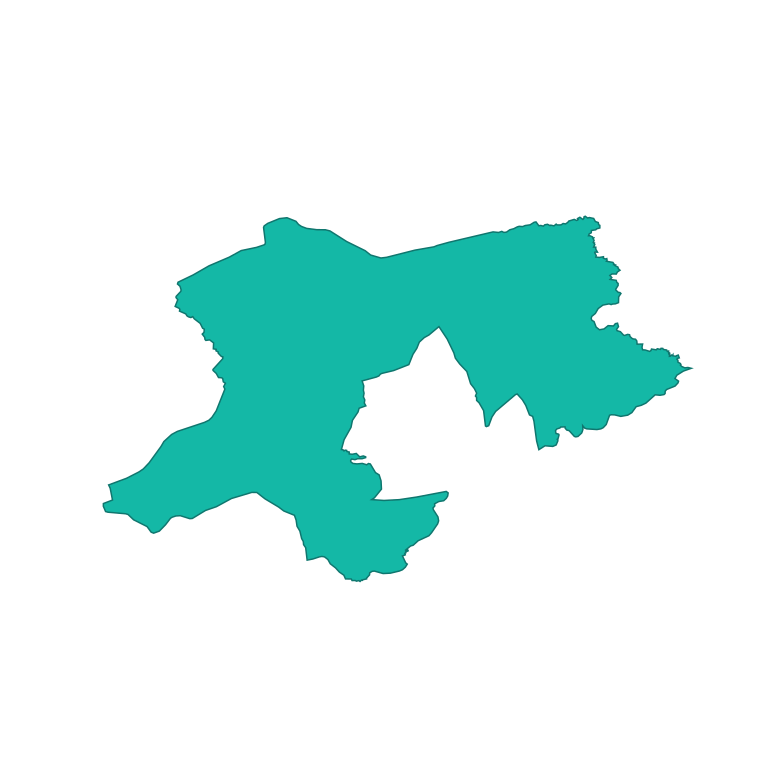 the district of Lindi, Lindi, United Republic of Tanzania, rotated 76°
{"feature_id": "72390352B7713188541433", "entity_name": "Lindi", "entity_type": "district", "adm_level": 2, "iso_a3": "TZA", "parent_name": "United Republic of Tanzania", "parent_adm1": "Lindi", "projection": "equal_earth", "projection_center": [39.517, -10.037], "detail": "fine", "context": "isolated", "style": "filled", "palette": "teal", "viewbox_px": 768, "rotation_deg": 76, "n_neighbors": 0, "source": "geoboundaries", "source_scale": "gbopen_adm2", "svg_char_len": 6143}
<svg xmlns="http://www.w3.org/2000/svg" viewBox="0 0 768 768"><g transform="rotate(76 384 384)"><path d="M263.5,197.3L263.4,199.2L264.9,203.7L264.4,208.7L264.8,211.4L263.7,214.7L263.8,216.7L264.7,220.5L264.8,224.6L266.3,228.5L265.9,231.1L264.4,232.8L264.7,236.1L262.8,241.4L262.2,286.6L262.5,299.0L263.0,302.3L261.6,321.6L261.7,350.8L261.0,356.5L255.6,365.8L250.1,370.0L236.8,385.7L222.4,399.4L220.2,403.5L218.0,411.9L214.3,421.4L211.2,425.9L208.6,428.3L204.8,430.1L199.2,437.9L198.2,445.4L200.0,457.9L201.6,462.0L203.0,463.0L217.9,464.8L219.5,465.6L220.0,466.8L220.6,474.7L220.0,490.3L223.5,503.5L227.0,525.2L232.0,542.8L235.4,559.2L237.0,560.2L239.8,558.3L243.7,558.1L245.0,558.8L248.7,564.5L249.9,564.9L252.3,563.7L258.2,567.9L260.9,564.6L262.1,564.0L263.8,564.8L268.0,559.4L270.2,558.7L271.5,557.5L272.8,555.3L272.4,553.3L274.9,552.3L280.7,547.7L286.0,546.5L287.3,545.1L290.4,546.2L291.6,548.3L295.3,546.7L297.5,546.9L298.6,546.3L299.0,542.5L302.9,539.4L308.6,541.1L309.8,538.4L311.1,539.0L312.8,537.1L314.0,537.4L318.0,535.1L318.6,533.8L320.4,534.3L328.5,546.4L329.5,546.6L333.2,544.2L337.7,543.0L338.7,540.0L339.7,539.2L343.0,539.4L344.9,537.7L347.7,540.2L350.4,539.6L369.5,553.3L374.7,559.0L376.8,562.7L377.8,567.5L380.0,596.0L381.6,602.3L386.6,611.5L390.7,615.5L403.6,630.9L408.2,638.1L410.1,643.3L413.2,656.7L415.3,675.6L418.9,674.9L430.9,675.5L432.1,685.2L434.7,685.9L440.4,685.0L441.6,682.9L447.4,666.1L448.7,663.9L455.2,659.8L465.0,648.4L471.4,645.8L473.0,643.6L472.4,637.6L467.7,630.0L462.6,623.6L462.0,621.7L461.7,617.9L462.5,613.5L467.7,605.0L468.1,602.5L463.5,587.7L462.5,576.3L458.2,559.7L457.2,538.5L458.5,533.6L466.6,527.3L477.9,516.0L483.0,511.9L489.7,502.7L494.8,502.2L501.0,502.8L506.4,501.2L514.1,501.3L517.3,500.4L520.4,500.9L523.9,499.6L536.3,501.2L536.6,495.4L536.1,488.5L536.3,486.0L537.3,483.6L540.7,480.9L545.5,479.6L550.7,475.5L555.7,472.8L559.8,469.2L563.8,468.5L565.3,463.0L567.0,462.5L567.7,459.5L568.6,458.5L568.7,455.9L569.8,455.0L568.8,453.2L569.3,452.4L568.8,451.8L568.9,448.0L568.1,447.8L565.7,444.2L563.8,443.6L562.9,440.8L563.2,438.6L567.7,430.7L569.1,423.5L569.2,414.4L568.7,411.0L566.9,407.6L564.4,405.0L562.8,406.2L555.3,407.7L554.9,404.7L553.4,404.8L553.1,403.7L552.3,403.7L551.7,400.9L550.7,401.1L551.0,403.2L550.4,403.3L547.6,397.4L547.5,394.7L544.3,388.7L542.1,377.1L539.8,373.8L532.7,365.8L530.0,364.1L526.0,363.8L518.0,366.5L516.2,366.5L514.6,364.2L512.5,363.9L511.3,359.3L511.7,354.3L510.1,351.3L508.1,349.3L505.2,348.1L503.3,349.6L501.6,379.5L499.9,397.2L497.0,412.2L493.2,423.9L492.1,420.8L485.4,411.9L477.3,410.3L471.0,410.7L467.9,413.7L458.3,416.6L457.4,418.3L458.2,420.3L455.8,424.3L455.0,429.6L453.5,433.5L451.3,435.1L450.0,434.8L449.0,433.5L450.4,430.5L450.1,427.6L451.2,423.4L451.0,419.6L450.2,419.4L448.8,421.5L448.8,425.2L444.7,427.7L444.5,431.8L443.4,434.7L441.6,434.2L440.6,436.3L439.4,436.3L438.8,437.7L439.2,439.0L437.8,439.8L437.3,441.2L428.4,436.2L418.1,426.5L411.6,423.4L404.9,416.0L401.5,414.0L400.8,406.9L397.7,407.7L394.8,406.5L391.5,407.1L388.1,405.6L385.0,405.5L381.0,404.1L375.7,404.5L375.4,389.8L374.9,386.9L373.5,385.1L373.2,383.3L373.3,371.4L371.2,355.2L362.2,348.7L357.3,343.5L351.9,339.6L348.7,333.7L347.3,328.5L341.6,316.8L355.7,311.8L370.7,308.7L376.2,308.5L382.9,305.7L391.9,300.6L404.7,299.9L410.3,297.4L415.3,296.3L417.8,298.2L419.4,297.4L422.4,298.1L425.2,296.3L433.9,293.8L449.3,295.7L450.1,294.9L449.8,292.5L442.1,287.2L437.6,282.3L426.1,259.0L425.9,257.2L432.9,253.5L439.1,251.6L449.2,250.3L451.4,247.6L456.4,247.5L476.3,249.7L485.2,249.6L482.9,242.7L485.4,235.3L484.8,231.7L481.3,229.1L480.1,228.8L478.9,229.7L480.1,228.9L475.8,226.5L474.9,226.7L473.6,229.1L470.7,228.9L469.4,227.1L469.2,223.9L468.5,223.1L469.4,218.7L470.8,218.9L472.9,217.8L474.1,215.6L480.9,212.0L481.7,210.7L481.8,208.4L479.4,204.1L478.2,203.2L476.2,202.0L472.5,201.3L475.3,200.0L476.6,198.1L479.7,188.4L480.0,184.4L479.4,181.8L477.1,178.2L468.9,172.7L468.8,171.0L469.8,167.6L472.7,162.1L473.2,155.0L471.7,150.4L467.0,144.8L466.9,139.5L465.9,134.5L460.1,123.5L461.7,118.9L462.0,114.9L461.3,113.6L459.0,112.9L457.7,111.1L456.4,102.0L454.1,98.5L452.5,97.5L449.1,100.4L446.3,97.7L443.9,90.3L443.1,82.1L441.5,85.1L441.1,88.2L439.0,90.9L437.4,91.8L436.9,91.2L435.8,91.5L433.9,93.5L432.0,93.1L431.0,93.8L430.1,93.2L430.1,91.2L427.1,91.5L427.3,93.6L427.9,94.0L426.5,96.8L425.5,96.6L426.2,97.4L425.4,98.2L426.3,99.3L426.2,100.4L423.7,99.4L423.1,99.4L423.4,100.4L420.9,99.9L421.0,101.2L419.4,101.5L418.1,104.5L416.9,104.9L416.4,106.6L417.3,107.4L415.9,110.3L416.7,111.6L414.8,116.0L416.1,116.8L416.6,118.4L414.2,122.3L413.4,124.8L410.8,124.8L407.8,123.4L406.6,128.8L403.4,128.3L401.4,129.1L400.5,131.4L399.5,132.5L397.4,133.8L395.6,133.8L394.8,135.6L395.1,138.7L394.6,139.7L390.4,142.0L388.6,145.0L387.2,145.1L385.1,142.6L381.5,142.7L381.4,144.9L383.2,147.3L381.6,152.4L383.8,157.2L383.5,161.8L380.1,164.4L374.2,165.1L372.5,166.9L370.5,167.1L368.7,166.1L366.7,161.9L362.6,157.9L360.4,152.5L360.7,146.2L361.9,144.4L361.7,142.9L362.2,140.1L361.8,136.8L356.2,135.2L353.5,132.2L352.3,133.0L351.8,134.5L348.9,136.3L348.1,136.2L345.0,133.0L343.0,132.5L341.8,133.5L339.6,133.6L337.2,139.3L335.8,137.2L333.3,138.6L332.4,136.1L333.5,132.0L331.8,130.5L330.7,127.5L328.7,128.8L327.2,128.7L325.0,131.2L324.5,130.6L323.7,132.3L323.2,131.8L321.4,132.5L318.7,138.5L317.8,137.6L316.2,137.5L316.3,138.8L315.0,140.7L313.6,140.3L313.3,144.4L312.1,147.8L310.7,147.0L307.5,147.8L307.0,147.3L307.7,145.0L304.4,145.9L302.5,145.4L301.9,147.5L299.6,145.7L298.6,146.2L298.1,145.7L297.3,146.7L295.4,145.4L293.9,145.9L293.0,145.1L292.8,146.1L291.7,146.1L289.9,148.4L289.6,149.7L288.0,148.6L287.4,146.3L285.2,145.6L285.6,141.2L284.9,140.2L284.8,136.8L282.3,136.2L281.3,137.2L279.2,137.0L277.5,139.6L274.1,140.5L272.2,144.4L272.2,146.3L269.9,148.2L270.2,149.5L271.7,150.0L272.4,151.2L269.6,153.6L270.3,156.2L271.4,155.8L271.8,156.6L271.9,157.6L270.3,159.6L270.6,165.3L271.6,166.5L272.6,169.1L271.6,171.4L272.4,173.6L272.1,175.4L271.5,177.6L270.5,178.3L271.7,180.8L270.2,183.8L270.5,184.6L268.6,186.7L268.4,189.4L269.4,191.2L268.1,193.5L267.9,195.5L263.5,197.3Z" fill="#14b8a6" stroke="#0f766e" stroke-width="1.5"/></g></svg>